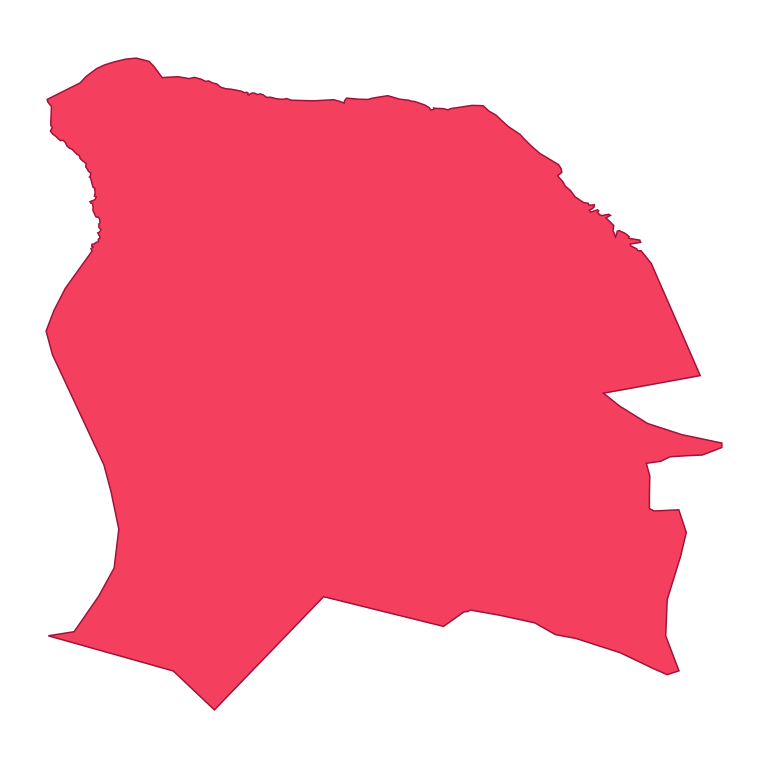 Agwara, Niger, Nigeria (Robinson projection), rotated 270°
{"feature_id": "59680162B64027612781435", "entity_name": "Agwara", "entity_type": "district", "adm_level": 2, "iso_a3": "NGA", "parent_name": "Nigeria", "parent_adm1": "Niger", "projection": "robinson", "projection_center": [4.614, 10.721], "detail": "fine", "context": "isolated", "style": "filled", "palette": "rose", "viewbox_px": 768, "rotation_deg": 270, "n_neighbors": 0, "source": "geoboundaries", "source_scale": "gbopen_adm2", "svg_char_len": 3475}
<svg xmlns="http://www.w3.org/2000/svg" viewBox="0 0 768 768"><g transform="rotate(270 384 384)"><path d="M132.2,48.3L97.0,173.3L58.1,214.4L171.3,323.6L141.6,443.5L156.2,464.1L156.5,468.1L158.0,470.0L152.8,499.4L145.1,534.8L133.4,555.4L129.5,576.0L115.3,620.1L99.8,652.5L93.3,667.2L97.1,678.6L97.2,679.0L132.1,665.7L168.3,667.2L211.0,680.4L235.5,686.3L258.2,678.8L257.0,654.1L259.5,649.4L273.1,649.4L292.0,649.8L304.7,646.3L306.7,660.7L311.2,670.0L312.2,685.3L313.0,702.3L320.5,721.8L324.9,721.9L333.4,681.6L344.5,647.6L362.0,619.5L374.8,603.5L392.4,700.2L440.7,679.2L493.7,656.0L504.5,651.3L516.3,641.8L517.3,641.1L517.2,639.2L517.1,638.1L519.3,636.5L522.1,630.8L523.9,630.1L525.6,640.7L527.2,640.0L527.9,639.8L529.4,630.7L529.8,628.6L531.4,629.1L534.6,625.2L537.4,619.3L536.8,617.2L533.7,616.6L533.2,616.4L531.1,615.5L534.6,614.3L537.3,612.9L542.4,613.8L550.1,606.0L552.6,610.4L552.7,610.2L553.7,608.9L552.4,601.6L553.6,599.3L555.5,597.6L556.9,598.5L556.9,598.4L558.2,597.6L556.2,591.6L555.9,590.5L557.8,589.3L559.2,592.2L561.2,594.2L562.1,594.2L563.2,594.3L562.9,590.5L562.7,589.1L564.0,588.5L564.8,588.1L565.2,584.5L565.3,583.8L571.2,575.0L577.3,570.6L581.8,565.3L586.1,563.0L592.2,557.6L595.6,561.8L599.4,561.1L603.4,558.5L609.2,548.8L614.6,539.8L621.8,531.5L629.0,524.2L633.5,520.1L641.4,508.4L647.6,501.5L652.9,496.0L656.8,489.1L661.4,484.1L662.3,483.1L662.3,482.5L662.5,477.3L662.6,472.0L659.4,450.7L658.2,448.1L659.4,443.0L659.6,436.7L660.0,433.7L658.9,434.0L658.2,431.8L657.9,430.7L660.4,429.2L662.5,425.5L663.2,424.2L665.8,416.8L666.5,414.5L666.9,411.4L667.8,408.7L668.8,399.8L670.9,392.7L672.3,387.8L670.8,378.1L669.7,371.9L668.6,368.2L668.8,358.6L669.9,346.6L667.0,344.4L664.9,344.1L666.4,340.4L668.3,333.8L667.2,313.8L667.5,301.6L667.8,291.2L669.5,286.5L668.8,283.8L668.8,281.1L669.3,276.3L670.7,270.9L670.7,267.1L670.7,266.5L672.7,263.8L673.2,263.1L674.1,260.5L673.5,257.1L673.4,256.9L674.4,255.8L674.8,254.3L675.1,252.6L674.5,250.9L673.8,249.8L673.2,249.2L673.2,248.0L674.3,248.1L674.8,248.1L675.3,247.5L675.6,246.9L675.7,246.5L675.5,245.6L675.2,245.0L676.8,241.1L678.0,235.6L678.9,230.3L679.2,226.1L680.4,222.0L680.7,220.8L683.4,217.6L684.0,216.9L685.1,212.5L685.2,212.3L686.2,210.4L687.1,208.6L686.6,205.7L688.9,200.9L690.6,194.5L689.4,189.1L691.3,178.0L690.5,163.3L690.4,162.2L701.5,154.0L706.0,149.6L706.6,149.1L709.9,136.3L708.9,125.9L706.2,114.5L703.2,104.8L699.4,96.6L691.7,86.3L685.1,80.1L668.6,47.2L666.4,47.6L663.3,49.9L661.6,51.4L652.3,51.1L647.0,50.8L646.5,50.8L642.8,50.7L640.4,52.4L638.9,51.4L637.0,50.4L633.9,52.7L631.7,55.8L629.7,57.7L627.4,60.4L627.5,61.1L627.7,63.2L626.7,64.2L625.4,65.5L622.3,66.7L619.8,69.5L619.1,71.2L618.7,72.1L618.5,72.3L615.8,74.9L613.7,76.9L612.8,78.7L612.6,79.2L609.4,80.2L607.2,82.5L605.7,84.6L603.9,86.3L601.2,85.6L599.3,87.1L596.7,88.5L595.0,90.7L592.4,90.5L591.0,89.4L590.5,90.4L580.8,93.0L579.5,95.0L578.1,94.6L576.2,95.2L571.9,94.4L571.3,96.1L570.5,95.9L568.4,95.0L567.5,93.0L566.4,90.0L565.0,90.7L564.5,92.4L564.5,92.5L564.3,92.5L560.8,93.1L557.8,92.9L551.3,95.8L550.8,97.0L550.8,97.5L550.9,98.5L549.9,99.0L548.8,99.6L545.4,100.1L544.0,98.9L540.5,98.9L538.7,100.8L536.7,100.2L535.3,98.7L535.1,97.8L531.7,99.6L530.1,100.1L528.8,98.3L526.4,98.4L525.3,95.5L524.1,94.3L523.8,92.0L521.9,91.7L520.9,93.0L519.3,90.9L517.0,92.1L479.7,65.3L457.2,53.8L436.9,46.1L413.2,52.5L303.2,103.9L276.0,111.1L238.8,118.8L199.9,114.1L171.7,98.6L136.3,74.1L132.2,48.3Z" fill="#f43f5e" stroke="#9f1239" stroke-width="1.5"/></g></svg>